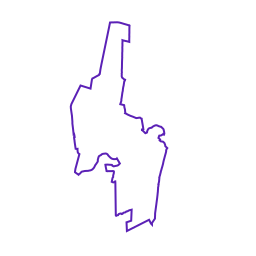 the district of Gradinari, Giurgiu, Romania, rotated 124°
{"feature_id": "2599482B26302883103765", "entity_name": "Gradinari", "entity_type": "district", "adm_level": 2, "iso_a3": "ROU", "parent_name": "Romania", "parent_adm1": "Giurgiu", "projection": "albers", "projection_center": [25.804, 44.394], "detail": "fine", "context": "isolated", "style": "outline", "palette": "violet", "viewbox_px": 256, "rotation_deg": 124, "n_neighbors": 0, "source": "geoboundaries", "source_scale": "gbopen_adm2", "svg_char_len": 5708}
<svg xmlns="http://www.w3.org/2000/svg" viewBox="0 0 256 256"><g transform="rotate(124 128 128)"><path d="M50.6,201.9L54.4,200.3L67.3,195.0L89.7,185.8L94.9,183.6L95.9,183.1L98.8,181.7L98.9,181.9L99.7,181.9L100.4,181.7L101.2,182.2L102.5,182.9L105.9,184.6L106.4,184.9L106.8,185.2L107.6,185.1L108.0,185.0L116.3,181.1L119.3,191.1L139.8,188.3L142.1,187.5L143.6,186.4L147.8,182.6L149.2,181.3L153.9,177.6L155.4,176.6L160.0,172.6L163.6,169.6L163.1,169.4L163.8,168.6L165.3,167.2L165.7,167.6L166.4,167.1L167.5,166.1L168.0,165.6L168.5,165.2L170.0,163.9L174.5,159.8L174.1,158.9L173.5,158.2L174.3,157.7L175.5,156.7L176.0,156.3L176.2,156.0L176.4,155.7L176.6,155.3L176.7,154.9L176.8,154.5L176.8,154.2L176.8,153.7L189.3,149.4L191.1,148.8L192.6,148.1L193.7,147.6L194.3,147.2L194.4,143.1L194.4,142.9L193.9,143.0L193.6,142.9L193.1,142.5L192.5,142.3L191.5,142.2L190.8,142.1L190.2,142.0L189.4,141.3L188.6,140.5L188.1,140.1L187.2,139.0L186.1,137.5L185.8,137.1L185.4,136.7L184.9,136.3L184.4,135.7L183.5,135.0L182.6,134.5L181.4,134.2L180.6,134.1L179.8,134.0L176.8,134.4L176.3,134.3L174.5,134.3L173.7,134.3L173.1,134.3L172.6,134.4L172.1,134.6L171.7,135.0L170.9,135.4L169.9,135.7L169.2,136.0L168.2,136.2L168.0,136.3L167.6,136.3L166.7,135.9L165.4,135.2L165.1,135.2L164.6,135.1L164.4,135.0L163.4,134.3L162.8,133.6L162.2,132.9L161.8,132.5L161.5,131.9L161.3,131.3L161.3,130.2L161.5,129.7L161.8,129.1L162.0,128.2L162.2,127.2L162.4,126.2L162.5,124.6L162.3,123.7L161.8,122.4L161.4,121.8L161.0,121.3L160.6,120.8L160.2,120.3L159.9,120.1L159.5,120.1L162.0,114.9L162.5,115.0L163.3,115.1L164.4,115.4L164.8,115.7L165.1,115.8L165.3,116.0L165.5,116.2L165.8,116.5L166.2,116.9L166.5,117.2L166.8,117.5L167.5,118.1L167.8,118.4L167.9,118.8L167.9,119.0L167.9,119.3L168.0,119.5L168.0,119.9L167.7,120.3L167.6,120.5L167.6,120.8L168.1,121.6L168.7,122.6L169.5,124.0L170.0,124.8L170.1,125.0L170.3,125.2L170.5,125.4L170.8,125.9L171.1,126.2L172.7,124.7L173.5,123.9L173.9,123.5L174.1,123.3L174.6,122.7L175.4,122.0L175.6,121.8L175.7,121.7L175.4,121.0L174.4,119.7L173.1,117.7L172.6,117.1L172.4,116.8L171.8,115.8L171.8,115.6L171.9,115.4L172.3,115.1L172.6,115.0L172.9,114.8L173.0,114.7L173.5,114.5L173.9,114.3L174.0,114.3L174.6,114.1L175.5,113.8L176.2,113.4L176.8,113.0L176.9,112.9L178.1,112.9L180.7,111.8L181.7,111.4L181.6,110.9L181.5,110.3L181.4,110.0L181.1,109.5L180.9,109.4L180.5,109.2L180.1,109.1L179.9,109.1L179.7,109.0L179.4,108.7L180.4,107.9L207.2,89.3L207.4,88.7L206.6,88.3L205.8,87.5L205.0,87.6L204.4,87.5L203.3,86.6L202.8,86.0L202.9,85.4L202.9,85.1L202.7,84.9L202.4,84.7L201.9,84.5L201.6,84.6L201.1,84.4L200.4,84.1L200.2,83.8L199.5,83.1L199.0,82.9L198.5,82.8L198.1,82.7L197.4,81.9L196.9,81.6L196.5,81.5L195.8,81.1L195.2,80.7L194.4,79.9L193.7,79.3L203.1,73.5L207.0,76.5L214.0,71.3L192.3,59.2L194.4,55.5L194.7,54.1L193.4,55.0L190.1,55.0L188.1,55.0L187.5,55.3L187.0,55.7L185.6,56.5L184.8,57.0L184.4,57.3L183.4,57.9L175.9,61.6L170.3,64.4L169.7,64.7L167.0,66.1L165.9,66.7L164.8,67.3L164.5,67.4L163.0,68.3L161.4,69.2L160.7,69.7L159.0,70.4L158.5,70.7L158.2,70.9L158.0,71.1L157.9,71.0L157.7,71.0L157.1,71.5L155.3,72.2L154.5,72.6L152.9,73.5L152.4,73.7L151.8,74.3L151.5,74.3L151.2,74.4L150.4,74.8L149.9,74.9L149.2,75.1L148.7,75.3L146.8,76.0L146.2,76.2L146.1,76.3L145.6,76.5L144.8,76.7L143.6,77.1L143.0,77.3L142.5,77.5L142.0,77.6L140.2,78.2L137.9,79.0L136.8,79.5L134.7,80.3L133.5,80.7L130.9,81.6L127.9,82.6L126.8,83.0L126.3,83.2L125.7,83.5L125.2,83.9L124.9,84.0L123.9,84.2L123.3,84.2L122.7,84.2L122.4,85.8L122.2,86.9L121.1,87.9L120.0,89.6L119.8,91.4L120.4,92.7L120.7,93.2L120.6,94.8L119.6,94.9L119.3,96.3L119.2,97.2L118.6,97.3L117.9,97.6L117.0,97.8L116.8,97.8L116.7,97.6L116.3,97.1L115.9,96.6L115.4,96.3L114.5,95.9L114.0,95.5L113.4,95.5L113.4,94.5L112.4,94.7L110.9,96.0L109.4,97.6L109.2,97.9L109.0,98.3L108.6,100.7L108.5,100.9L108.5,101.0L108.5,101.3L108.8,101.8L108.9,102.2L109.2,103.3L109.4,103.8L109.4,104.6L109.5,105.0L109.6,105.3L109.7,105.8L110.0,106.1L110.5,106.8L110.9,107.0L111.1,107.2L111.4,107.4L113.2,108.3L113.6,108.4L114.3,108.5L114.6,108.6L115.3,109.4L115.7,109.7L116.3,110.2L116.7,110.4L116.9,110.5L117.7,110.6L118.3,110.6L118.7,110.5L119.1,110.5L119.8,110.3L120.2,110.2L120.7,109.9L120.9,109.8L121.1,109.8L121.3,109.8L121.7,110.2L121.9,110.2L122.2,110.4L122.3,110.5L122.6,110.7L122.5,111.4L122.3,112.2L121.9,114.6L122.0,115.2L121.4,115.6L120.4,114.6L120.2,114.8L119.5,115.4L117.6,117.2L114.6,120.1L114.1,120.5L113.5,121.2L112.6,121.9L112.8,122.6L112.8,123.0L112.7,123.9L113.5,124.9L114.1,125.4L114.8,126.3L115.2,126.7L115.5,128.3L115.9,130.3L116.6,133.0L116.7,133.8L116.8,134.3L116.9,134.8L116.9,135.1L117.1,135.9L117.1,136.6L117.1,137.1L117.4,138.7L116.8,138.8L115.6,139.9L115.0,140.3L114.3,140.9L113.9,141.4L113.8,141.5L113.1,142.3L112.3,143.1L111.7,143.5L111.2,144.0L112.4,147.2L112.6,147.7L112.1,147.9L110.5,148.3L109.0,148.8L108.0,149.5L106.2,150.3L101.7,152.5L100.1,153.1L99.1,153.7L96.8,154.8L95.4,155.3L91.6,157.1L91.3,157.2L90.8,157.3L90.5,157.1L89.6,157.4L89.8,158.2L89.8,158.5L89.8,158.8L89.6,159.8L89.6,160.1L89.6,160.4L89.6,160.6L89.4,161.2L88.7,162.1L88.1,162.5L86.8,163.3L86.4,163.7L85.4,164.1L84.4,164.9L84.0,165.2L83.0,165.8L82.6,166.1L82.1,166.3L80.1,167.6L77.8,169.1L75.6,170.5L73.8,171.6L73.0,172.1L72.6,172.3L71.9,172.9L71.5,173.1L69.8,174.2L69.3,174.6L67.7,175.5L66.2,176.5L65.4,177.0L64.8,177.5L62.3,179.0L61.1,179.9L59.7,180.7L58.8,181.3L58.3,181.7L58.1,181.0L57.1,178.3L56.8,177.7L56.3,176.3L55.9,175.1L53.7,176.6L51.5,178.0L51.0,178.3L50.4,178.8L48.3,180.1L45.8,181.8L43.0,183.6L42.3,183.9L42.2,184.0L42.1,184.3L42.6,185.2L42.6,185.5L42.8,186.1L43.1,187.0L44.1,190.1L44.7,192.1L45.3,193.8L45.4,194.1L45.7,194.8L46.1,195.5L46.4,196.1L47.5,197.6L49.6,200.6L50.6,201.9Z" fill="none" stroke="#5b21b6" stroke-width="2"/></g></svg>